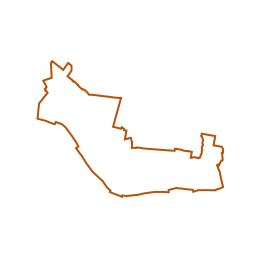 Calafat, Dolj, Romania, rotated 249°
{"feature_id": "2599482B25793033278683", "entity_name": "Calafat", "entity_type": "district", "adm_level": 2, "iso_a3": "ROU", "parent_name": "Romania", "parent_adm1": "Dolj", "projection": "mercator", "projection_center": [22.936, 43.949], "detail": "fine", "context": "isolated", "style": "outline", "palette": "amber", "viewbox_px": 256, "rotation_deg": 249, "n_neighbors": 0, "source": "geoboundaries", "source_scale": "gbopen_adm2", "svg_char_len": 5051}
<svg xmlns="http://www.w3.org/2000/svg" viewBox="0 0 256 256"><g transform="rotate(249 128 128)"><path d="M151.0,126.7L158.6,132.3L159.0,131.4L159.0,131.2L159.1,130.9L159.1,130.7L159.5,130.1L160.6,127.7L160.8,127.2L161.3,126.2L161.7,125.3L162.2,124.6L163.0,123.1L164.4,120.6L165.9,117.6L168.9,112.0L171.3,107.5L171.9,106.4L173.1,103.6L173.2,103.4L173.9,103.3L174.8,103.1L175.4,102.9L176.3,102.5L177.7,101.9L179.4,100.8L179.5,100.7L179.6,100.3L179.7,100.2L179.9,100.0L180.5,99.7L180.3,99.4L180.3,99.2L181.2,98.7L183.2,97.7L183.6,97.5L186.2,96.3L186.4,96.7L190.9,94.2L191.1,94.1L190.9,93.7L191.8,93.2L192.0,93.5L198.0,90.1L198.2,90.4L199.2,91.8L199.2,92.0L200.4,93.7L201.6,95.6L202.2,95.9L204.2,96.8L206.5,97.5L207.3,97.1L210.2,95.4L210.1,95.1L206.9,90.6L205.4,88.4L215.9,82.2L217.4,81.4L217.5,81.3L217.5,81.2L217.5,80.9L217.2,80.5L217.1,80.2L216.9,80.3L216.6,80.3L216.4,80.2L216.2,80.0L216.1,79.7L215.7,79.1L215.4,79.0L214.3,78.7L210.4,77.4L209.6,77.1L206.9,76.3L205.6,75.8L204.6,75.5L203.1,75.0L202.2,74.7L202.3,73.5L202.3,71.9L202.3,71.1L202.4,70.6L202.5,68.4L202.5,67.5L202.5,65.9L199.0,66.3L195.5,66.7L194.6,65.0L194.4,64.5L193.5,65.0L192.6,64.1L191.3,65.2L191.1,65.2L189.7,65.6L183.5,55.0L182.9,53.8L169.1,46.9L166.7,50.2L163.9,54.1L160.9,57.2L158.0,60.7L157.8,61.0L159.5,62.8L155.1,67.7L151.1,69.9L147.9,70.8L147.3,71.0L140.6,72.8L133.8,74.4L128.4,75.0L127.8,72.3L122.4,73.7L118.3,74.9L114.0,75.7L110.0,76.5L104.8,77.9L100.0,79.2L96.9,80.7L93.6,82.3L87.0,85.6L84.0,86.1L79.4,87.4L76.7,88.7L75.9,89.2L74.8,88.1L70.9,92.1L68.0,95.6L65.9,97.8L67.1,98.6L65.1,101.9L62.6,111.5L62.4,112.0L62.2,112.4L61.2,119.6L61.1,120.0L58.8,129.8L57.3,133.8L55.8,137.8L53.4,142.9L55.6,143.7L54.6,152.2L53.7,153.1L52.1,156.7L50.6,159.3L49.3,161.8L47.1,166.4L45.0,166.1L44.9,170.8L42.3,177.9L38.5,187.3L38.9,187.4L38.6,192.0L38.8,195.6L43.5,196.2L47.5,196.7L49.0,197.0L49.4,197.0L50.7,197.3L51.0,197.3L51.7,197.4L52.5,197.6L53.2,197.7L53.6,197.9L54.1,197.9L54.4,197.9L54.7,197.9L55.2,197.9L55.6,197.9L55.9,197.9L56.0,197.9L56.5,197.9L56.9,197.8L57.0,197.8L57.3,197.7L57.5,197.8L57.8,197.8L58.1,197.9L58.3,197.9L58.5,198.0L58.7,197.9L59.2,197.9L59.5,198.0L59.5,197.9L59.9,197.9L60.0,198.1L60.5,197.9L60.8,197.7L61.1,197.7L61.3,197.7L61.4,197.8L61.6,198.1L61.7,198.5L61.6,198.8L61.3,198.9L61.3,199.0L61.2,199.4L61.3,199.5L61.2,199.7L61.1,199.8L61.4,199.9L61.4,200.0L61.4,200.3L61.5,200.3L61.8,200.5L61.7,200.7L61.7,200.8L61.8,200.9L62.0,200.9L62.4,201.5L63.0,202.0L63.5,202.5L63.8,203.1L63.7,203.4L63.7,203.6L63.8,203.6L63.9,203.8L63.7,204.0L63.7,204.3L63.9,204.4L64.1,204.4L64.3,204.5L64.2,204.8L64.3,204.9L64.4,205.0L64.9,205.1L65.0,205.1L65.4,205.3L66.0,205.5L66.3,205.6L66.9,205.7L67.0,205.7L67.3,205.8L67.7,205.9L69.2,206.4L69.6,206.6L69.8,206.7L70.5,206.5L70.8,206.5L71.0,206.5L71.1,206.8L71.3,207.1L71.5,207.3L71.5,207.5L71.3,207.6L71.1,207.6L70.9,207.5L70.7,207.5L70.8,207.8L71.4,207.9L71.6,208.1L72.3,208.5L72.7,208.6L73.0,208.7L73.3,208.7L73.4,208.8L73.5,208.8L73.7,209.1L74.0,209.0L74.3,209.0L74.8,209.1L75.3,209.0L75.5,209.0L75.8,209.0L76.1,209.0L76.4,208.9L76.5,208.9L76.8,208.9L81.1,201.7L82.2,202.3L82.3,202.4L82.4,202.6L82.6,202.7L82.9,202.8L83.2,203.0L84.3,203.6L86.7,205.0L87.3,205.4L88.4,206.0L89.2,206.5L96.2,194.9L96.0,194.7L95.6,194.5L95.2,194.4L94.8,194.2L94.7,193.8L94.5,193.6L94.4,193.4L92.9,193.9L92.6,193.9L92.1,193.9L91.4,193.8L90.0,193.8L89.8,193.8L89.3,193.5L89.2,193.4L88.9,193.2L88.2,192.5L88.0,192.4L87.9,192.4L87.6,192.3L87.2,192.1L86.8,191.9L86.7,191.9L86.3,192.0L85.8,192.0L85.5,192.0L85.1,191.9L85.0,191.7L84.8,191.6L84.7,191.4L84.7,191.1L84.4,190.8L84.3,190.7L84.2,190.5L83.7,190.2L83.4,189.9L83.2,189.8L82.8,189.7L82.1,189.5L81.7,189.5L81.3,189.5L81.1,189.5L80.9,189.5L80.8,189.4L80.6,189.1L80.5,188.9L80.3,188.9L80.0,188.6L79.6,188.4L79.2,188.2L78.8,188.1L78.0,187.8L77.8,187.6L77.7,187.5L77.6,187.3L77.4,187.2L77.2,186.8L77.0,186.6L76.9,186.5L76.4,186.2L76.2,186.1L76.0,185.7L75.8,185.5L75.7,185.4L75.3,185.2L74.9,185.0L74.8,184.9L74.7,184.7L74.8,184.6L74.8,184.2L74.7,183.9L74.7,183.7L74.8,183.5L74.7,183.3L74.5,183.2L74.5,182.9L74.8,182.8L75.0,182.7L75.2,182.3L75.3,181.8L75.3,181.6L75.5,181.3L75.8,181.1L76.2,180.9L76.4,180.8L76.5,180.6L76.7,180.2L76.8,180.0L77.0,179.0L77.4,178.0L77.4,177.6L77.4,177.1L77.3,176.9L77.3,176.7L77.5,176.4L77.7,175.9L80.8,177.8L82.7,179.0L82.9,178.7L83.4,178.0L84.8,176.1L84.6,176.0L85.4,174.5L86.5,172.6L86.7,172.3L87.5,171.1L87.9,170.6L88.1,170.3L88.3,170.2L88.4,170.3L88.6,170.0L89.1,169.1L89.6,168.2L90.2,167.4L91.2,165.6L91.7,164.8L91.8,164.4L90.7,163.8L90.0,163.3L99.6,142.9L103.8,134.3L105.4,131.9L105.7,131.1L106.0,130.6L106.3,130.2L106.4,129.8L106.5,129.5L106.6,129.3L106.4,128.9L106.4,128.5L107.6,125.8L108.0,124.5L113.7,126.8L115.2,126.8L117.4,127.0L117.8,127.1L118.3,123.0L118.4,122.6L118.4,121.9L118.5,121.1L121.8,123.0L126.1,125.6L127.4,123.5L128.6,124.0L128.9,124.0L129.2,123.7L129.8,123.1L130.0,123.0L130.5,122.9L130.8,122.7L131.0,122.4L130.5,121.8L129.8,121.3L130.6,120.1L134.5,114.5L137.8,117.0L142.2,120.2L151.0,126.7Z" fill="none" stroke="#b45309" stroke-width="2"/></g></svg>